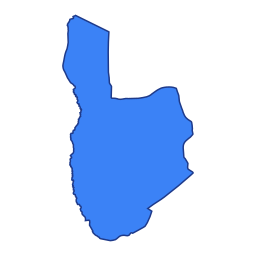 Si Somdet, Roi Et, Thailand (Mercator projection)
{"feature_id": "78962969B7638603864190", "entity_name": "Si Somdet", "entity_type": "district", "adm_level": 2, "iso_a3": "THA", "parent_name": "Thailand", "parent_adm1": "Roi Et", "projection": "mercator", "projection_center": [103.471, 16.03], "detail": "fine", "context": "isolated", "style": "filled", "palette": "blue", "viewbox_px": 256, "rotation_deg": 0, "n_neighbors": 0, "source": "geoboundaries", "source_scale": "gbopen_adm2", "svg_char_len": 5441}
<svg xmlns="http://www.w3.org/2000/svg" viewBox="0 0 256 256"><path d="M137.9,230.4L143.1,227.5L144.7,226.5L145.0,226.3L146.1,224.6L147.3,222.6L150.0,216.6L151.8,211.2L147.7,208.5L153.2,204.5L161.3,199.2L164.2,197.1L178.4,185.8L190.6,175.3L193.0,173.1L193.1,172.9L192.8,172.3L192.4,171.9L191.3,171.2L190.0,170.4L188.2,169.2L187.8,168.5L187.6,167.2L187.9,163.6L187.9,163.3L186.4,160.7L185.1,158.6L184.1,157.6L183.9,157.0L183.8,156.2L183.2,148.1L183.2,147.0L183.4,145.1L183.9,143.6L184.7,142.2L185.9,140.8L188.7,138.4L190.4,137.1L192.8,134.4L192.9,133.9L192.2,130.4L192.4,128.7L192.1,125.1L191.7,122.7L191.6,122.2L191.2,121.6L190.8,121.3L188.0,119.5L186.5,118.2L185.5,117.1L184.7,115.9L184.1,114.7L183.1,112.3L182.5,110.3L181.7,108.3L179.5,102.0L179.3,100.8L178.8,95.8L178.4,94.4L177.5,92.1L176.3,88.4L175.0,87.9L173.3,87.4L171.2,87.1L169.4,87.0L166.5,87.1L164.2,87.4L162.3,87.8L161.0,88.2L158.2,89.6L156.4,90.7L151.8,94.0L150.6,95.0L149.2,95.8L146.7,96.8L142.9,97.6L138.6,98.3L128.4,98.6L125.9,98.5L121.8,99.2L120.3,99.3L118.6,99.2L117.1,98.7L115.0,98.3L111.7,98.2L111.4,97.9L111.2,97.5L111.5,86.6L111.3,86.0L109.5,83.2L109.4,82.7L109.1,77.5L108.4,72.2L108.2,51.9L108.4,41.7L108.9,31.9L107.8,31.3L75.5,15.4L74.8,15.9L73.3,16.4L73.0,16.6L73.0,16.9L73.5,17.4L73.4,18.3L73.2,18.5L72.8,18.7L71.9,18.8L71.0,19.0L70.2,19.3L69.9,19.4L69.8,19.9L69.7,20.6L69.2,21.4L69.2,21.8L68.9,22.1L68.5,22.5L68.2,23.1L67.9,23.8L67.6,24.0L67.6,24.5L67.4,24.9L67.3,25.4L67.4,25.6L67.8,25.8L67.8,26.2L68.0,26.7L68.0,27.1L68.0,27.3L68.1,27.6L68.2,27.9L68.1,28.1L68.2,28.5L68.2,28.9L68.1,29.3L68.2,29.9L68.3,30.4L67.9,33.6L68.2,42.5L67.7,45.6L67.1,48.6L65.7,52.2L65.1,54.3L64.6,56.5L63.9,60.4L63.1,64.2L62.9,65.9L63.1,67.7L63.4,69.0L63.9,70.2L65.1,72.4L67.5,77.8L70.5,82.5L70.8,82.8L72.5,83.9L73.5,84.8L74.0,85.7L74.1,85.8L74.9,86.1L75.1,86.5L75.3,87.1L75.2,87.9L74.9,88.3L74.0,89.0L73.5,89.3L73.3,89.6L73.3,89.8L73.5,90.3L73.8,90.7L73.9,90.9L73.8,91.1L73.4,91.6L73.4,92.0L73.6,92.3L74.3,92.8L74.2,93.2L74.3,94.0L74.6,94.3L75.3,94.4L76.0,95.1L76.0,95.3L76.0,95.6L75.5,95.9L75.8,96.5L76.3,96.9L77.1,97.0L77.3,97.2L77.4,97.4L77.1,98.0L77.1,98.3L77.3,98.8L77.2,99.5L77.3,99.6L77.8,100.0L77.9,100.4L77.8,100.9L77.7,101.4L77.6,101.6L77.1,102.1L77.0,102.4L77.4,103.1L77.9,103.6L78.3,103.8L78.6,103.8L78.8,103.8L78.8,104.1L78.6,104.4L78.6,104.5L79.2,104.9L79.4,105.2L79.3,105.6L79.0,105.9L79.0,106.1L79.6,106.2L79.8,106.5L80.0,106.9L80.3,107.5L80.1,108.3L80.4,108.8L80.5,109.1L81.2,109.0L81.4,109.3L81.5,109.8L81.3,110.4L81.1,110.4L80.9,110.8L80.9,111.6L80.7,112.7L80.5,112.8L80.0,112.8L80.2,113.6L80.2,113.9L80.2,114.0L80.4,114.0L80.5,114.1L80.6,114.4L80.6,114.6L80.4,115.5L80.6,116.5L80.4,116.7L80.1,116.8L79.7,117.1L79.4,118.0L79.3,118.7L79.0,118.9L78.5,119.1L78.4,119.3L78.6,119.9L78.6,120.4L78.5,120.6L78.4,121.5L78.2,121.8L78.5,122.9L78.4,123.1L77.9,123.5L77.8,123.8L77.7,124.5L77.0,125.0L76.7,125.5L76.2,126.0L75.6,126.9L75.0,127.6L74.9,127.9L75.0,128.7L74.6,130.1L74.4,130.2L73.5,130.2L73.3,130.4L72.9,132.0L73.0,132.8L72.9,133.1L72.4,133.4L71.2,133.3L70.6,134.1L70.5,134.4L70.7,135.8L70.5,137.1L71.0,138.2L70.9,138.4L70.7,138.8L70.7,139.0L71.0,140.0L72.2,141.5L72.9,143.8L73.4,144.5L73.4,147.3L73.6,148.2L73.8,148.8L73.6,150.1L73.7,151.5L73.3,152.8L72.9,153.3L72.0,154.0L71.7,154.4L70.6,155.3L70.4,155.6L70.5,155.8L70.8,156.0L71.1,156.4L71.4,156.7L71.6,157.0L71.6,157.3L71.5,158.0L70.7,158.3L70.5,158.6L70.4,159.0L70.1,159.2L70.3,160.0L70.3,160.4L70.4,160.9L70.4,161.1L70.2,162.3L69.9,162.9L70.2,164.0L69.9,164.5L69.9,164.8L70.0,165.1L70.4,165.1L70.5,165.2L70.7,165.6L70.7,166.5L71.2,166.7L71.3,167.3L71.5,167.8L72.2,168.2L72.1,169.9L72.4,170.4L72.4,170.7L72.4,170.8L72.1,170.8L72.0,171.1L72.2,171.5L72.6,171.8L72.1,173.5L72.6,173.7L72.7,173.9L72.7,174.0L72.4,174.3L72.4,174.7L72.3,175.1L72.4,175.3L72.7,175.4L72.6,175.7L72.3,176.1L72.6,176.4L72.7,176.7L72.4,177.4L71.9,177.9L72.0,178.9L71.8,179.8L72.3,179.9L72.4,180.3L72.5,180.4L73.3,180.1L73.5,180.3L73.6,181.1L73.3,181.7L73.1,182.3L73.1,183.0L73.0,183.4L72.9,183.8L72.6,184.0L72.5,184.3L72.8,184.9L72.7,185.8L72.8,185.8L73.2,185.7L73.3,185.8L73.2,186.4L73.0,186.8L73.0,187.2L73.7,187.4L73.8,187.6L73.5,187.8L73.5,188.1L73.4,188.6L73.4,189.4L73.4,189.7L73.7,189.7L73.9,189.8L74.0,190.7L74.2,191.0L74.1,191.3L73.6,192.0L73.4,192.9L73.3,193.4L73.7,194.1L74.0,194.3L74.6,194.3L75.2,194.6L75.3,195.0L75.3,195.9L75.8,196.3L76.0,196.8L76.0,197.2L76.1,197.4L76.7,197.9L76.8,198.1L76.5,198.7L76.2,199.8L76.2,201.0L76.4,202.0L76.8,202.3L76.8,202.8L77.3,203.4L77.3,203.8L77.4,204.1L77.6,204.4L77.8,204.5L78.8,204.4L79.3,204.5L79.5,204.9L79.8,205.2L79.9,205.8L80.1,205.9L80.3,206.1L80.9,206.4L81.1,207.2L81.2,207.8L80.5,208.5L80.3,209.0L80.4,209.5L80.7,210.2L80.8,210.6L80.9,210.9L81.2,211.3L81.6,211.6L82.1,212.2L82.1,212.6L82.0,213.1L82.0,213.4L82.4,214.6L82.9,214.9L83.7,215.8L84.7,216.7L85.2,217.4L85.4,218.2L85.5,219.5L85.5,220.0L85.4,220.6L88.7,220.2L88.9,220.4L89.5,220.4L89.6,220.5L89.6,221.0L89.8,222.2L89.6,223.5L89.7,224.1L89.5,224.9L89.5,225.1L92.8,231.0L92.5,231.3L92.6,231.8L93.1,232.5L93.2,232.9L95.1,234.8L96.3,235.6L97.1,235.9L98.4,237.0L99.1,237.2L99.2,237.5L99.9,238.4L100.4,238.5L100.6,238.7L110.2,240.6L110.6,240.6L112.8,240.3L115.5,239.6L117.0,238.5L118.6,237.1L119.5,236.4L120.8,235.7L122.9,235.3L124.4,235.3L126.3,235.6L127.4,235.7L128.3,235.5L129.0,235.2L129.4,234.8L130.5,233.3L131.2,232.8L131.5,232.8L132.0,232.9L132.7,233.2L137.9,230.4Z" fill="#3b82f6" stroke="#1e3a8a" stroke-width="1.5"/></svg>